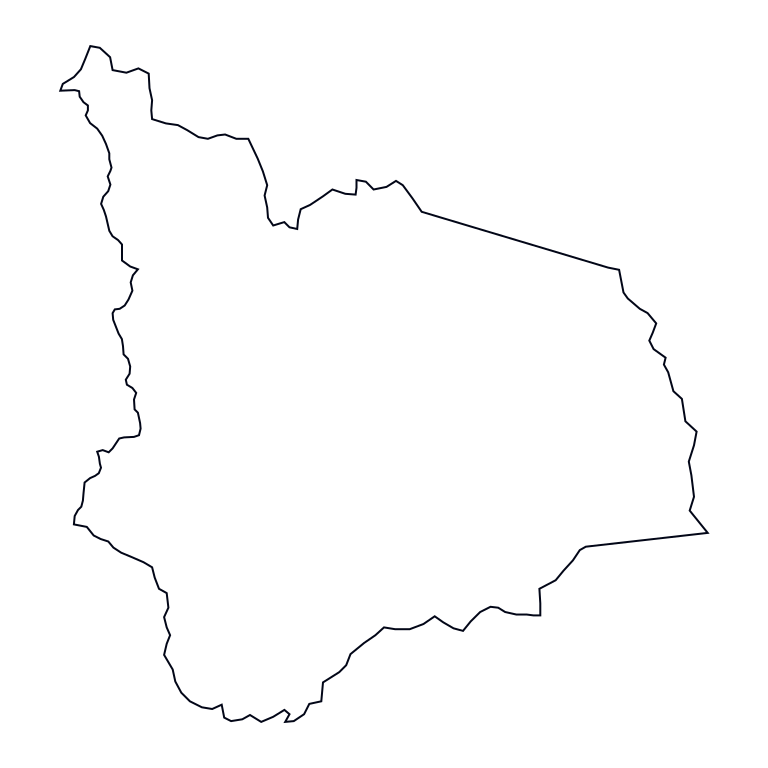 Jelebu, Negeri Sembilan, Malaysia
{"feature_id": "92858781B14475732449391", "entity_name": "Jelebu", "entity_type": "district", "adm_level": 2, "iso_a3": "MYS", "parent_name": "Malaysia", "parent_adm1": "Negeri Sembilan", "projection": "albers", "projection_center": [102.051, 3.062], "detail": "fine", "context": "isolated", "style": "outline", "palette": "ink", "viewbox_px": 768, "rotation_deg": 0, "n_neighbors": 0, "source": "geoboundaries", "source_scale": "gbopen_adm2", "svg_char_len": 2706}
<svg xmlns="http://www.w3.org/2000/svg" viewBox="0 0 768 768"><path d="M60.3,90.7L74.7,90.1L79.1,91.2L79.7,96.7L83.5,102.2L87.9,105.5L87.9,110.4L85.7,115.4L90.1,123.1L97.2,128.6L102.2,135.7L106.0,144.0L109.3,153.3L109.3,159.3L111.5,167.6L110.4,170.9L107.7,176.4L110.4,184.6L108.2,191.2L103.3,196.7L101.1,203.9L103.8,209.9L106.0,216.5L109.3,230.8L112.6,236.3L118.1,240.1L122.0,244.5L122.0,252.2L122.0,260.5L130.2,266.5L137.9,269.3L132.9,275.3L130.7,282.4L132.4,290.7L128.5,299.5L124.7,305.5L119.7,308.8L114.8,309.4L112.6,313.2L113.2,319.8L118.6,333.6L121.9,339.1L123.0,346.2L123.6,354.4L128.0,358.8L130.2,366.5L129.6,373.7L125.8,379.7L126.9,384.7L132.4,388.0L136.2,392.9L134.0,399.5L134.6,409.4L137.9,412.7L140.1,423.1L140.6,428.6L139.0,435.2L134.0,436.9L124.1,437.4L119.2,438.5L112.6,448.4L108.7,452.3L102.7,450.1L97.2,451.7L98.9,456.7L99.9,463.8L101.0,467.7L98.8,473.2L95.0,475.9L90.1,478.1L84.6,482.5L83.5,493.5L82.9,500.6L81.3,506.7L78.0,510.0L74.7,516.0L73.9,524.4L86.8,526.9L93.7,535.5L100.6,539.0L108.3,541.5L113.4,547.6L121.2,552.7L131.5,557.0L143.5,562.2L152.1,567.3L154.7,577.6L159.0,588.8L166.7,593.1L168.4,607.7L164.1,617.1L166.7,627.4L170.1,635.2L166.7,643.8L164.1,654.9L172.7,669.5L175.3,681.5L181.3,692.7L189.9,701.3L201.9,707.3L212.2,709.0L221.7,704.7L224.2,717.6L231.1,721.1L242.3,719.3L250.0,715.0L261.2,721.9L273.2,716.8L284.4,709.9L289.5,714.2L285.2,721.9L293.8,721.1L304.1,714.2L309.3,703.9L321.3,701.3L323.0,682.4L339.3,672.1L346.2,665.2L350.5,654.1L364.2,642.9L375.4,635.2L384.0,627.4L395.1,629.2L409.7,629.2L423.5,624.0L434.7,616.3L443.2,622.3L453.5,628.3L463.0,630.9L470.7,621.4L480.2,612.0L490.5,606.8L498.2,607.7L505.1,612.0L516.2,614.5L526.5,614.5L533.4,615.4L540.3,615.4L540.3,603.4L539.4,588.8L555.7,580.2L563.5,570.7L572.9,560.4L579.8,550.1L585.8,546.7L707.7,532.9L689.7,510.6L694.0,496.8L691.4,475.4L688.8,461.6L694.0,445.3L696.6,431.6L685.4,421.3L681.9,398.9L673.4,391.2L668.2,372.3L663.9,364.6L665.6,357.7L653.6,349.1L649.3,340.6L652.7,332.8L656.2,323.4L647.6,313.1L639.8,308.8L627.8,298.5L623.5,292.5L619.1,269.8L608.1,267.6L421.7,211.8L412.3,198.1L402.8,185.2L396.0,180.9L386.5,186.9L373.6,189.5L365.9,181.7L356.5,180.0L356.5,187.8L355.6,194.6L345.3,193.8L332.4,189.5L323.0,196.3L310.1,204.9L300.7,209.2L298.1,219.5L297.2,229.0L289.5,227.3L284.3,222.1L273.2,225.5L268.0,217.8L267.2,207.5L264.6,195.5L267.2,185.2L262.9,171.4L257.7,158.6L248.3,138.8L236.3,138.8L225.1,134.5L217.4,135.4L207.9,138.8L198.5,137.1L187.3,130.2L177.9,125.1L165.9,123.4L152.1,119.1L151.3,110.5L152.1,100.2L149.5,88.2L148.7,73.6L138.4,68.4L126.4,72.7L112.6,70.1L110.1,57.2L99.8,47.8L90.3,46.1L85.2,59.0L80.9,69.3L74.0,77.0L62.8,83.9L60.3,90.7Z" fill="none" stroke="#020617" stroke-width="2"/></svg>